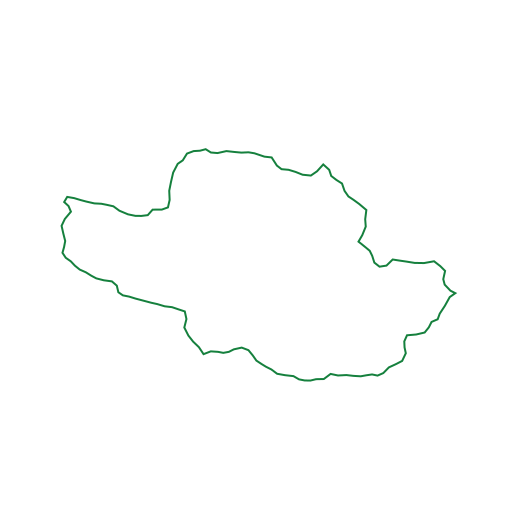 the district of Alagoa, Minas Gerais, Brazil, rotated 24°
{"feature_id": "56859067B6627206696015", "entity_name": "Alagoa", "entity_type": "district", "adm_level": 2, "iso_a3": "BRA", "parent_name": "Brazil", "parent_adm1": "Minas Gerais", "projection": "mercator", "projection_center": [-44.664, -22.183], "detail": "fine", "context": "isolated", "style": "outline", "palette": "green", "viewbox_px": 512, "rotation_deg": 24, "n_neighbors": 0, "source": "geoboundaries", "source_scale": "gbopen_adm2", "svg_char_len": 2006}
<svg xmlns="http://www.w3.org/2000/svg" viewBox="0 0 512 512"><g transform="rotate(24 256 256)"><path d="M230.2,159.6L223.3,161.8L212.8,162.8L207.0,164.3L200.6,167.5L194.1,169.7L186.3,172.2L179.0,177.6L172.7,179.8L166.6,178.9L162.0,182.6L156.4,185.5L151.3,190.5L150.2,198.4L147.0,203.6L146.4,213.5L148.2,222.8L150.2,231.7L154.3,239.9L155.8,247.4L151.1,251.9L142.7,255.7L140.5,262.7L135.0,266.0L129.4,268.4L122.1,270.0L112.8,270.2L105.5,268.6L98.6,270.0L93.4,271.2L86.9,273.7L78.8,275.3L73.2,276.2L66.3,277.1L59.5,278.8L58.8,284.7L64.4,286.6L68.9,290.8L66.3,299.9L66.1,307.5L70.8,313.8L75.6,319.9L77.0,325.8L77.9,331.8L82.9,335.0L89.0,336.2L94.5,338.5L100.5,340.1L107.2,340.1L113.6,341.0L119.2,341.4L126.8,340.1L134.7,337.8L140.9,339.7L145.0,345.1L150.4,346.1L156.6,344.7L163.3,343.9L171.3,342.6L179.4,341.3L185.3,340.1L193.0,339.1L200.1,336.9L207.6,336.2L213.5,335.6L218.1,341.9L219.6,350.5L226.6,356.2L233.4,359.8L240.9,362.5L248.0,367.0L253.5,361.5L260.3,359.0L265.5,357.8L270.2,354.6L273.7,350.3L280.2,345.5L287.4,345.1L293.4,348.1L298.9,351.4L304.8,352.4L310.1,353.1L316.2,353.4L323.2,355.0L330.9,353.1L339.1,350.5L345.5,351.2L351.1,349.9L356.3,347.7L361.0,344.1L368.0,340.8L372.1,333.4L379.5,331.8L387.0,328.0L393.7,325.9L400.6,323.3L405.3,320.1L410.2,317.0L415.7,315.8L419.9,311.2L422.7,303.7L427.7,298.0L432.2,292.4L432.4,283.9L428.9,279.1L426.2,273.7L426.2,267.0L434.2,262.6L441.2,257.3L442.9,250.9L443.2,244.8L447.7,239.9L447.3,233.9L448.8,224.8L449.7,214.7L453.2,208.9L447.7,208.6L440.0,205.4L436.5,201.0L434.8,192.7L428.5,190.3L420.8,188.4L412.4,194.1L403.7,197.8L395.4,200.0L388.3,202.0L382.3,203.6L379.1,211.7L373.2,215.5L366.8,213.9L362.1,208.6L357.8,205.0L352.2,203.4L343.8,201.2L344.6,193.7L344.3,184.5L340.8,178.0L338.1,169.1L329.1,166.5L322.1,165.0L316.2,164.0L310.4,160.5L305.1,154.8L298.4,153.8L292.2,152.3L287.8,147.5L280.2,145.0L277.3,153.8L273.4,160.2L265.5,162.8L257.9,163.1L250.7,164.0L244.0,166.3L238.3,164.9L230.2,159.6Z" fill="none" stroke="#15803d" stroke-width="2"/></g></svg>